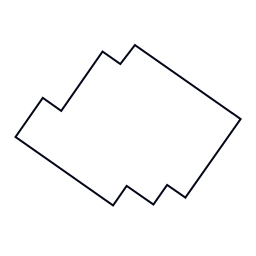 Pushmataha, Oklahoma, United States of America, rotated 215°
{"feature_id": "52423323B78550164049948", "entity_name": "Pushmataha", "entity_type": "district", "adm_level": 2, "iso_a3": "USA", "parent_name": "United States of America", "parent_adm1": "Oklahoma", "projection": "equal_earth", "projection_center": [-95.422, 34.419], "detail": "fine", "context": "isolated", "style": "outline", "palette": "ink", "viewbox_px": 256, "rotation_deg": 215, "n_neighbors": 0, "source": "geoboundaries", "source_scale": "gbopen_adm2", "svg_char_len": 354}
<svg xmlns="http://www.w3.org/2000/svg" viewBox="0 0 256 256"><g transform="rotate(215 128 128)"><path d="M63.3,79.9L63.3,103.8L41.0,103.9L41.1,105.6L40.9,199.9L51.1,200.0L51.2,199.9L169.9,199.9L171.0,176.0L192.7,176.0L192.5,103.7L215.1,103.8L215.0,56.1L189.8,56.1L95.8,56.0L95.9,79.8L63.3,79.9Z" fill="none" stroke="#020617" stroke-width="2"/></g></svg>